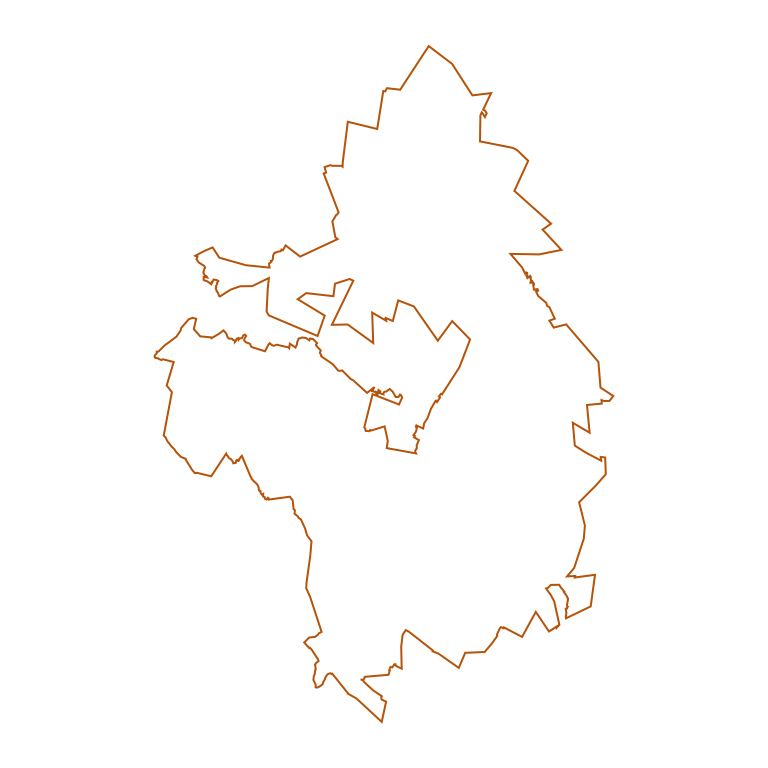 the district of Rioverde, San Luis Potosí, Mexico
{"feature_id": "50627088B85408254455405", "entity_name": "Rioverde", "entity_type": "district", "adm_level": 2, "iso_a3": "MEX", "parent_name": "Mexico", "parent_adm1": "San Luis Potosí", "projection": "robinson", "projection_center": [-100.13, 21.98], "detail": "fine", "context": "isolated", "style": "outline", "palette": "amber", "viewbox_px": 768, "rotation_deg": 0, "n_neighbors": 0, "source": "geoboundaries", "source_scale": "gbopen_adm2", "svg_char_len": 6119}
<svg xmlns="http://www.w3.org/2000/svg" viewBox="0 0 768 768"><path d="M381.7,721.9L386.1,701.7L381.6,699.5L381.2,697.5L381.9,696.2L373.4,690.6L364.2,682.1L362.6,679.9L360.5,679.5L363.5,679.9L364.7,677.5L364.7,677.1L363.9,676.9L388.5,674.8L389.8,670.6L389.2,670.2L390.5,666.9L392.3,667.4L394.5,664.2L395.5,664.3L395.7,665.7L401.7,668.7L401.2,646.6L402.7,634.6L405.8,630.1L408.9,631.7L432.9,650.5L432.6,651.3L438.6,653.7L458.8,667.9L465.2,652.8L484.7,652.0L491.9,643.4L497.1,636.2L497.0,634.5L500.0,628.0L501.0,627.1L503.6,628.3L503.9,627.4L522.1,636.9L535.8,611.9L549.0,631.5L557.0,626.3L556.9,627.5L559.4,624.8L554.2,601.3L550.8,595.0L546.1,588.5L548.2,587.6L550.8,584.9L559.2,584.8L560.8,587.4L564.3,591.6L563.9,592.0L566.3,595.3L568.1,598.9L567.0,604.9L567.3,607.0L567.6,607.0L567.0,608.5L565.8,608.6L565.7,609.0L566.4,612.8L565.8,617.0L566.0,618.3L590.7,606.4L595.0,574.8L574.7,577.5L575.1,576.0L567.1,576.4L574.2,567.9L583.8,538.7L584.9,525.5L579.1,502.3L595.8,485.6L605.8,474.2L605.2,457.5L600.7,456.9L601.2,460.7L586.3,452.9L574.8,445.6L572.8,422.8L589.6,432.7L587.0,405.0L601.8,403.6L601.5,400.1L604.0,401.0L609.5,400.9L613.3,396.0L600.5,387.6L598.4,361.9L566.2,324.4L553.7,327.6L549.4,320.6L554.8,318.7L549.4,307.2L547.0,305.8L546.3,302.9L538.2,296.0L536.0,291.4L538.1,290.7L537.5,289.1L534.0,289.6L533.2,285.0L533.9,284.7L533.4,283.8L533.8,283.6L533.6,283.1L532.8,283.0L532.3,282.0L531.3,282.7L530.9,282.5L532.4,281.4L532.1,281.0L530.7,282.2L531.0,279.7L530.4,278.1L530.9,277.3L530.1,275.9L527.4,278.1L526.6,276.2L527.2,276.2L527.3,275.4L527.1,272.8L526.2,272.4L525.2,273.8L522.1,267.5L510.5,253.9L539.1,254.4L561.4,249.9L542.6,229.6L551.1,223.7L514.4,190.9L528.2,160.8L517.3,150.3L515.0,148.9L512.4,147.8L480.0,141.4L480.4,115.4L481.7,112.5L482.1,113.1L482.4,112.9L484.9,117.1L486.7,113.3L485.1,110.6L483.2,109.7L491.1,93.1L472.4,95.4L452.1,63.9L428.7,46.1L400.2,89.7L386.9,88.2L385.3,91.4L383.3,91.0L377.2,129.0L347.8,121.8L342.8,161.9L342.6,166.7L341.3,165.8L332.5,165.8L330.3,165.2L324.6,167.1L326.1,172.6L323.7,173.5L338.6,212.4L337.3,214.3L336.1,215.1L332.4,221.4L335.3,237.1L337.6,239.1L300.1,256.6L285.6,245.4L282.9,250.2L281.4,249.6L280.8,251.2L277.7,251.7L275.7,252.7L275.2,252.4L274.2,253.1L273.0,255.9L272.8,259.3L272.0,260.7L270.9,260.9L271.2,261.8L270.8,262.3L269.0,263.7L269.5,267.6L245.8,265.2L219.3,257.7L212.6,247.4L203.5,251.4L195.3,255.8L197.5,256.6L196.5,259.2L198.9,262.6L204.1,265.8L205.2,267.8L204.4,268.7L203.3,272.7L204.8,275.5L205.3,276.1L205.9,275.8L206.6,276.3L207.3,277.5L203.7,276.9L203.6,279.7L203.9,280.2L207.4,281.4L211.3,284.3L211.8,283.3L211.2,282.8L211.7,282.0L212.3,282.3L213.6,279.5L216.7,280.1L218.3,281.0L217.1,282.7L217.3,283.5L215.9,286.4L216.3,287.2L215.7,288.2L216.6,290.5L216.5,290.9L217.9,292.8L219.2,296.1L219.9,296.5L230.7,289.6L240.1,286.3L252.2,286.1L268.9,278.0L267.7,289.2L266.6,311.5L268.8,315.4L317.6,336.0L324.7,315.6L297.7,299.2L306.3,293.1L333.4,296.2L335.0,283.7L349.7,279.0L353.3,280.7L331.9,324.8L347.7,324.5L373.2,343.0L372.2,312.6L386.3,320.8L386.1,319.2L385.4,318.5L385.6,317.9L392.8,321.0L398.2,300.4L413.9,306.4L437.8,340.7L452.2,321.1L470.1,339.5L459.4,367.3L442.0,394.4L441.0,393.8L438.9,396.4L440.1,397.4L437.0,402.1L435.9,400.7L435.3,401.3L431.0,408.7L427.4,418.4L424.1,423.4L423.2,428.5L416.4,425.4L415.9,426.9L416.9,427.4L416.2,430.9L415.3,432.9L413.5,435.1L414.9,436.1L414.0,437.3L418.9,440.1L416.7,445.2L416.8,448.4L415.3,450.4L415.3,452.1L416.0,453.4L386.7,448.1L387.8,441.0L384.6,426.4L370.9,430.6L370.1,430.0L369.2,431.2L365.7,430.9L365.2,428.5L364.3,427.3L372.6,394.2L399.0,404.5L402.2,397.5L400.9,395.1L400.0,394.5L398.6,396.9L395.8,397.1L392.7,391.7L389.7,389.0L386.1,391.6L384.3,391.8L383.4,393.4L383.5,394.4L379.8,393.2L380.3,391.4L378.5,390.0L377.2,395.3L376.8,395.1L377.4,392.5L377.0,392.3L376.6,394.0L376.0,392.9L376.2,392.1L375.8,391.9L375.7,392.5L374.5,391.7L372.2,391.2L374.5,387.0L367.1,392.9L353.1,380.2L350.7,379.0L342.1,370.4L339.4,370.9L338.1,370.5L332.8,364.2L321.5,356.5L321.1,356.0L321.4,355.5L319.9,352.8L320.8,350.5L316.3,345.8L315.9,344.9L317.1,343.1L313.1,339.1L310.1,338.5L309.3,340.3L306.0,338.0L302.1,337.5L300.3,338.3L299.0,338.4L298.4,338.8L298.1,340.5L297.2,341.8L297.0,344.3L295.5,347.5L289.8,343.7L289.2,348.2L288.5,347.4L276.6,344.7L273.9,345.8L272.2,345.3L269.6,343.2L268.5,344.6L265.0,351.3L251.5,347.0L249.7,343.6L245.9,342.3L244.2,340.6L244.5,338.5L246.2,336.0L244.9,334.6L243.3,335.4L241.8,338.3L239.4,338.4L238.6,339.6L238.2,338.1L237.3,338.5L236.4,339.2L236.3,340.3L234.9,342.0L234.9,340.5L233.2,340.1L232.0,338.7L228.8,338.6L227.6,337.2L226.3,333.6L223.5,330.4L218.8,333.9L211.5,338.2L211.3,337.4L200.3,336.4L193.8,329.1L196.2,318.8L192.5,317.8L188.7,319.3L181.0,328.2L180.7,330.4L176.4,336.7L164.7,345.4L158.4,351.6L156.7,351.7L156.8,353.1L154.7,355.6L154.7,357.2L155.2,357.8L157.9,358.2L158.4,358.8L161.4,360.0L163.0,359.3L173.7,362.0L166.7,385.5L171.9,392.2L163.7,435.6L165.6,437.3L167.2,440.9L171.8,446.8L174.6,449.5L176.2,452.1L180.9,456.9L185.6,458.8L185.4,459.1L192.3,470.2L195.0,473.2L197.0,472.8L211.2,476.3L226.2,453.6L226.9,455.4L228.2,456.5L228.7,457.9L231.0,459.2L232.8,461.7L233.3,463.3L235.7,462.9L236.2,460.6L236.7,460.1L237.9,461.0L238.7,460.8L239.0,460.4L238.7,459.5L240.3,458.2L240.4,457.3L241.9,455.8L250.4,476.2L251.6,478.1L251.6,478.9L257.4,484.6L258.7,487.7L258.9,490.4L260.4,490.9L260.5,492.7L261.9,494.6L263.2,493.9L263.1,496.5L264.7,497.2L265.0,498.8L266.4,499.5L268.0,497.7L268.4,498.0L268.6,499.6L289.9,496.7L292.7,500.4L293.6,509.1L294.5,509.6L294.9,510.7L294.5,513.7L297.9,516.4L298.4,517.7L301.0,519.5L305.1,528.6L307.1,535.4L311.5,541.3L310.3,555.4L306.6,582.3L306.2,588.2L310.1,596.8L321.6,631.9L318.9,633.3L318.1,634.6L315.0,636.9L309.1,637.6L304.2,642.5L309.3,648.1L309.9,647.7L311.4,649.2L318.1,659.5L318.6,661.0L315.9,663.2L314.9,664.9L315.4,666.2L315.7,669.6L315.1,670.4L314.8,674.0L313.8,676.2L313.4,679.9L315.8,685.0L315.6,687.3L316.6,687.6L318.4,687.2L322.6,684.4L323.3,682.0L324.8,679.4L325.3,677.6L327.4,674.4L330.3,673.2L332.0,674.2L332.4,673.8L347.8,693.1L347.8,693.6L356.5,698.5L381.7,721.9Z" fill="none" stroke="#b45309" stroke-width="2"/></svg>